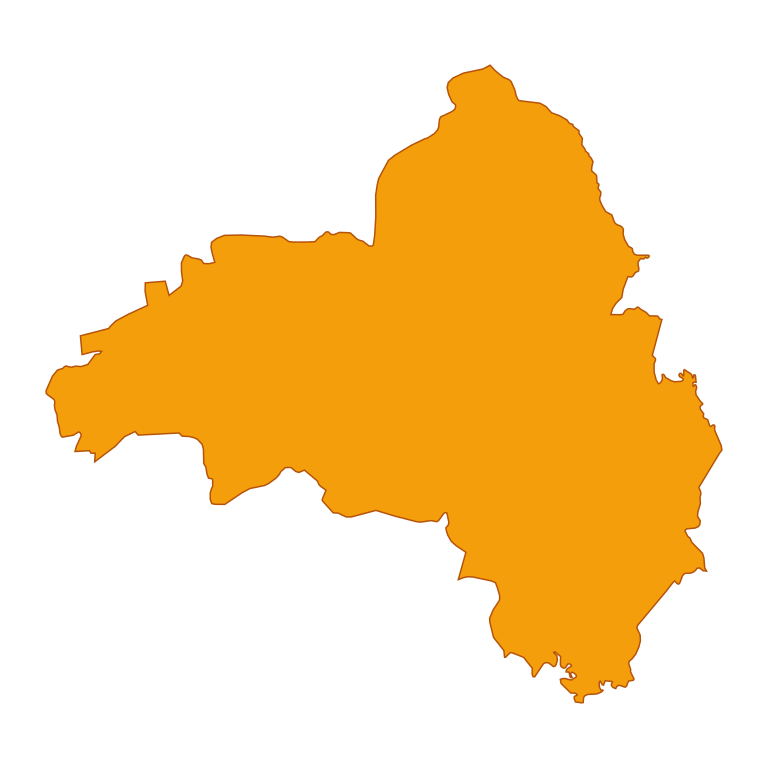 Krong Pac, Đắk Lắk, Vietnam (Robinson projection)
{"feature_id": "81297802B85821133415944", "entity_name": "Krong Pac", "entity_type": "district", "adm_level": 2, "iso_a3": "VNM", "parent_name": "Vietnam", "parent_adm1": "Đắk Lắk", "projection": "robinson", "projection_center": [108.37, 12.687], "detail": "fine", "context": "isolated", "style": "filled", "palette": "amber", "viewbox_px": 768, "rotation_deg": 0, "n_neighbors": 0, "source": "geoboundaries", "source_scale": "gbopen_adm2", "svg_char_len": 6078}
<svg xmlns="http://www.w3.org/2000/svg" viewBox="0 0 768 768"><path d="M224.3,235.4L216.7,238.4L211.6,242.3L211.0,247.2L212.3,253.6L214.8,262.4L209.0,263.7L203.7,263.5L201.4,260.1L198.6,259.0L192.3,257.9L187.1,255.1L185.4,255.1L184.1,256.6L181.4,263.0L181.5,271.7L182.7,280.9L181.1,286.1L169.1,295.4L165.2,281.2L145.3,282.8L145.1,291.5L147.7,305.3L128.1,314.4L115.9,320.9L110.5,326.1L108.7,328.5L80.4,335.8L82.1,354.6L92.7,351.8L98.4,351.0L101.6,351.4L99.5,353.9L95.2,354.5L87.9,364.4L81.2,366.6L75.6,366.1L71.4,367.3L65.9,366.0L64.3,366.8L62.6,368.5L57.5,370.0L52.4,376.3L46.1,390.7L46.2,393.3L48.0,395.1L53.4,399.0L54.5,400.4L54.8,401.8L54.4,405.5L55.1,410.1L57.0,414.7L57.5,421.4L59.2,427.0L60.1,433.6L61.5,436.6L62.5,437.1L73.4,435.2L78.4,432.0L79.6,432.3L80.8,433.7L81.2,435.7L76.4,446.3L75.0,451.5L89.5,450.7L90.9,453.1L95.2,453.3L94.7,461.8L115.1,446.4L124.4,436.7L135.2,431.5L138.2,435.1L179.0,433.0L182.3,436.2L189.2,436.5L194.3,437.8L197.5,439.4L202.1,444.3L203.4,449.0L203.8,463.7L205.7,466.7L207.2,474.8L208.6,478.2L211.8,478.8L212.6,479.6L212.7,486.4L211.6,488.3L210.2,493.1L210.3,499.6L211.8,503.6L215.2,504.3L224.8,504.4L242.1,492.7L250.0,488.5L264.7,485.5L268.8,483.4L275.7,478.4L278.8,475.1L281.1,471.3L285.4,467.6L290.9,467.5L296.0,471.6L299.0,472.4L304.4,470.1L317.4,481.0L318.8,484.4L320.7,486.4L326.0,490.2L322.2,499.4L322.4,500.8L333.3,512.9L337.8,513.0L346.1,516.9L351.5,516.9L375.9,510.4L395.2,516.2L416.6,521.7L420.8,522.1L431.0,520.6L436.8,521.7L438.5,520.7L443.9,513.3L445.5,512.5L446.9,513.0L448.9,522.5L448.2,525.0L445.9,527.9L446.4,531.0L447.9,535.4L451.4,541.5L455.9,545.5L465.9,552.3L458.3,579.6L463.9,577.5L467.6,576.8L473.0,577.0L491.3,580.9L495.5,582.7L497.6,588.4L499.6,595.5L499.7,598.8L499.2,600.7L493.1,610.0L489.6,618.5L490.0,622.9L493.6,637.5L503.9,650.6L504.6,657.3L505.5,657.3L510.2,652.6L512.1,652.8L523.6,657.3L532.3,668.3L532.1,673.8L533.1,676.8L534.7,676.8L543.4,663.8L545.2,662.7L548.4,662.8L553.6,666.6L555.0,666.2L556.1,664.6L557.4,660.2L556.9,655.8L553.8,652.8L553.8,652.1L555.4,652.1L560.6,656.5L560.4,664.5L561.1,666.6L563.4,668.2L565.4,667.8L567.9,664.0L569.6,663.8L571.0,664.8L571.5,666.0L567.3,668.8L566.1,670.8L566.1,671.9L569.0,672.2L570.2,677.2L571.2,677.8L572.1,677.4L570.6,673.9L571.3,672.6L572.5,672.2L574.7,673.6L576.4,675.4L575.9,677.5L573.6,678.4L572.2,679.8L570.1,679.9L565.3,678.5L562.5,678.6L560.3,679.4L561.1,683.5L570.9,693.1L574.5,693.0L576.4,693.8L577.3,695.0L574.3,696.5L574.1,698.2L575.4,701.9L581.0,702.8L583.2,702.6L583.6,697.8L584.5,696.0L587.5,694.5L596.9,693.9L601.4,692.0L603.0,690.5L602.8,690.1L600.9,690.1L599.5,687.3L599.1,683.4L599.6,681.5L600.1,681.1L602.3,684.7L603.5,685.1L605.2,680.8L611.6,681.4L612.5,682.0L611.4,683.9L611.4,685.4L612.8,687.4L615.7,688.6L616.8,686.5L618.0,685.5L619.7,685.4L625.1,687.2L626.7,685.9L627.6,683.0L628.8,681.0L633.3,680.3L634.0,679.0L630.5,671.7L630.7,669.6L628.7,663.7L629.1,661.4L631.9,659.0L635.7,654.2L638.9,646.9L640.4,640.8L640.1,635.0L636.9,628.0L637.4,625.6L665.7,591.8L672.9,582.6L674.8,580.9L677.2,583.7L678.7,584.1L679.8,582.9L682.5,575.8L684.0,574.0L686.1,573.2L690.0,573.2L692.8,572.4L695.6,570.4L696.9,568.3L699.4,567.9L703.1,570.7L706.5,571.1L704.7,567.8L703.9,557.9L702.5,553.3L691.9,542.5L689.9,538.1L687.8,536.4L684.9,530.7L685.7,529.5L687.3,528.8L695.0,528.1L698.2,526.7L699.8,524.7L700.2,520.8L697.5,516.1L697.9,512.0L700.4,503.6L700.0,497.2L700.8,494.5L700.6,491.5L698.8,487.5L719.4,453.4L721.9,450.0L721.2,445.6L714.9,430.8L714.5,427.8L715.0,426.4L714.3,425.1L713.1,424.9L710.9,426.5L709.7,425.7L707.6,419.6L703.8,417.9L703.3,416.2L703.7,413.8L700.3,409.2L700.0,406.9L701.0,405.4L702.6,404.3L702.6,403.4L700.4,401.3L696.1,395.0L695.6,391.4L696.7,387.6L696.1,385.5L695.4,384.8L694.8,384.8L694.2,385.8L693.3,386.3L692.9,384.6L693.0,382.8L694.0,382.2L696.1,382.3L695.5,376.0L694.9,374.8L693.8,375.0L693.4,377.4L692.6,378.0L691.9,375.3L690.9,373.8L684.4,369.6L683.7,370.4L683.9,374.6L683.5,375.8L682.8,375.7L681.5,373.5L679.9,373.4L679.1,374.3L679.0,375.3L679.6,376.7L682.9,378.5L683.2,379.6L682.6,380.7L681.2,381.3L674.5,381.8L670.9,380.6L665.6,377.5L664.1,374.9L663.3,374.3L662.1,374.6L662.4,379.1L661.3,381.6L660.0,383.1L658.4,383.8L656.2,380.0L654.1,372.1L654.1,363.9L655.5,360.2L655.4,358.6L652.3,355.4L661.9,319.4L659.5,318.9L658.7,317.1L657.3,316.0L649.4,315.9L646.4,312.6L640.5,309.1L638.4,307.2L637.2,307.2L634.4,309.3L629.8,308.6L627.6,308.9L625.1,310.8L623.2,314.0L621.0,314.7L610.8,314.6L612.7,308.2L616.2,303.1L621.8,297.5L623.2,289.2L627.9,276.6L631.3,277.0L632.6,276.4L635.5,272.4L638.5,271.1L638.9,268.8L638.1,264.6L638.1,262.1L640.5,258.6L643.2,259.0L644.1,258.7L645.4,257.2L646.9,258.1L647.6,258.0L648.7,257.3L649.2,256.0L648.8,255.4L647.4,255.2L636.9,255.2L634.5,254.2L632.6,251.4L632.5,249.0L631.7,248.0L628.5,246.4L624.7,239.7L623.1,234.1L623.4,229.3L622.3,227.4L620.9,226.2L616.9,224.6L615.5,223.5L614.4,222.1L611.8,214.9L605.7,211.6L601.9,205.2L600.0,200.6L599.6,198.0L600.7,195.1L600.8,192.0L598.3,188.8L598.0,187.4L598.9,185.5L598.8,184.1L597.0,182.8L596.6,176.0L596.3,175.1L591.6,170.8L591.8,166.9L593.0,161.6L591.1,158.0L588.8,155.6L588.7,153.8L585.5,151.0L584.8,148.9L581.8,144.7L582.4,138.4L579.0,133.4L579.0,130.7L574.2,127.2L572.9,125.8L572.8,124.4L570.2,123.7L568.8,122.6L567.1,120.1L559.9,115.9L551.6,112.8L545.9,106.5L540.0,103.2L519.4,100.7L517.9,99.5L516.2,95.8L514.7,89.6L511.1,81.5L509.1,79.7L503.2,77.2L495.2,70.7L490.1,65.2L482.9,69.0L463.5,73.1L453.0,78.0L448.3,82.5L447.1,87.6L448.7,94.5L452.0,101.7L455.5,104.8L455.6,106.9L454.9,109.2L451.7,111.7L440.6,116.9L439.5,119.4L438.6,127.2L437.5,130.1L434.1,133.8L427.3,138.1L424.8,138.8L411.6,145.1L394.9,155.2L388.5,160.3L378.8,178.3L377.2,184.9L375.7,195.0L375.8,216.7L374.7,235.2L373.3,245.0L371.9,246.2L369.0,245.9L362.7,241.1L359.2,240.2L356.8,238.9L350.5,233.0L348.1,232.7L339.5,232.4L334.1,234.6L331.1,234.4L328.5,232.0L327.2,231.8L325.7,232.2L322.4,235.6L319.3,237.2L314.9,241.7L307.5,242.0L293.7,242.1L288.9,241.6L282.4,237.1L279.8,236.2L273.1,237.2L264.3,236.1L240.5,235.0L224.3,235.4Z" fill="#f59e0b" stroke="#b45309" stroke-width="1.5"/></svg>